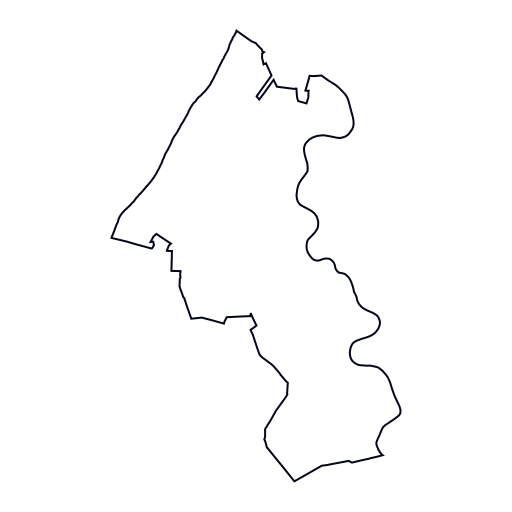 the district of Vārves pag., Ventspils, Latvia
{"feature_id": "27541924B8081849043776", "entity_name": "Vārves pag.", "entity_type": "district", "adm_level": 2, "iso_a3": "LVA", "parent_name": "Latvia", "parent_adm1": "Ventspils", "projection": "albers", "projection_center": [21.519, 57.283], "detail": "fine", "context": "isolated", "style": "outline", "palette": "ink", "viewbox_px": 512, "rotation_deg": 0, "n_neighbors": 0, "source": "geoboundaries", "source_scale": "gbopen_adm2", "svg_char_len": 6028}
<svg xmlns="http://www.w3.org/2000/svg" viewBox="0 0 512 512"><path d="M382.7,455.2L381.8,454.5L380.8,453.4L379.1,450.9L378.3,449.4L377.0,446.3L376.5,444.7L376.4,443.9L376.4,442.9L376.5,441.9L378.0,438.3L379.2,435.9L380.6,432.4L382.0,429.2L382.4,428.2L383.0,427.4L383.5,426.8L384.6,425.7L385.6,424.9L394.1,419.2L397.2,416.9L399.1,415.3L399.7,414.4L400.3,413.3L400.4,412.1L400.5,410.9L400.4,409.6L400.1,408.4L399.7,407.1L399.2,405.7L395.6,398.2L394.5,395.6L392.8,391.1L391.6,387.5L390.4,383.4L389.7,381.5L388.7,379.3L388.0,377.7L386.5,375.4L385.5,374.3L383.4,371.8L382.7,371.0L378.6,367.7L377.3,367.2L374.2,366.4L370.0,365.6L368.5,365.6L367.0,365.7L360.0,365.2L358.4,364.9L355.1,363.3L354.1,362.5L352.5,361.1L351.8,360.1L351.2,359.1L350.7,358.0L350.4,357.0L350.1,355.6L349.8,352.9L350.0,350.9L350.5,348.3L350.8,347.3L351.1,346.4L352.0,344.5L353.4,342.7L354.3,342.0L356.2,340.9L357.3,340.4L358.4,340.1L361.2,339.0L367.2,337.2L371.0,335.6L373.3,334.2L374.3,333.5L375.4,332.5L377.1,330.4L378.6,328.0L379.6,325.3L379.9,323.6L380.0,322.6L379.8,321.2L379.3,319.5L378.9,318.3L378.4,317.4L377.5,316.1L376.5,315.1L374.4,313.8L372.9,312.9L367.8,310.7L364.4,309.0L362.8,307.9L361.6,307.0L359.2,304.4L358.5,303.1L357.8,301.8L357.3,300.7L357.0,299.6L356.5,296.9L356.1,296.0L355.2,293.9L354.6,293.0L354.1,292.1L353.1,287.5L352.3,285.0L351.0,281.5L350.2,279.9L349.0,277.8L348.7,277.5L345.8,274.6L344.8,274.0L343.8,273.6L339.1,272.6L338.3,272.2L337.6,271.6L336.0,269.5L335.7,269.0L335.4,268.1L334.9,265.5L334.3,263.8L333.9,262.9L333.3,262.0L332.8,261.4L331.9,260.5L330.1,259.2L328.3,258.6L327.5,258.5L325.8,258.5L323.5,258.9L322.4,259.2L319.8,260.3L319.0,260.5L317.5,260.6L316.4,260.5L314.7,260.1L313.2,259.3L312.8,259.0L311.5,257.8L310.5,256.5L308.2,253.2L307.2,250.8L306.9,250.0L306.6,247.6L306.5,246.5L306.8,243.2L307.4,240.9L308.1,239.5L311.8,235.8L314.7,232.6L315.5,231.6L316.6,229.9L317.3,228.7L317.9,227.1L318.2,224.3L318.2,222.9L318.1,220.9L316.9,216.8L314.5,213.5L311.7,211.1L307.5,208.7L303.4,206.6L300.1,204.7L297.9,201.8L296.9,198.7L296.5,195.0L297.3,189.1L298.1,185.9L299.3,183.1L301.1,180.1L305.6,174.2L307.5,171.2L307.7,168.3L307.5,165.4L307.3,163.3L306.3,160.4L305.2,156.6L304.6,154.1L304.1,151.1L304.0,148.9L304.1,147.7L304.6,145.7L305.4,143.9L306.1,142.9L306.8,142.1L309.2,139.6L310.5,138.8L312.3,137.7L315.6,136.4L317.4,135.9L322.3,135.3L324.7,135.4L330.4,136.4L336.7,137.7L339.6,138.0L342.2,137.6L345.2,136.6L346.7,135.7L348.0,134.7L349.7,132.8L352.0,129.5L353.1,127.1L353.4,125.6L353.6,123.9L353.5,121.1L353.2,119.0L352.9,117.4L350.7,109.2L348.4,100.5L347.7,98.5L346.5,96.2L344.9,94.0L342.3,91.2L338.9,87.8L335.9,85.2L327.8,80.1L321.5,75.5L315.9,76.0L315.0,75.9L314.9,76.1L311.0,76.0L309.6,75.8L308.2,81.0L305.4,90.6L307.4,90.8L308.6,90.7L308.4,92.9L308.4,97.1L306.5,103.4L298.2,101.1L297.5,99.0L297.0,96.6L296.8,94.3L296.4,88.6L295.6,88.5L295.0,89.0L283.2,87.5L276.9,86.7L273.6,79.8L264.6,92.4L259.2,99.5L256.6,96.3L271.5,75.5L270.8,73.9L266.0,63.3L265.5,63.8L265.1,63.6L263.6,64.4L262.8,60.8L262.0,57.7L262.2,55.1L262.0,53.6L264.0,52.2L262.5,51.4L261.7,49.3L259.1,46.9L258.9,46.5L257.4,45.1L255.9,43.2L251.3,41.2L236.5,30.7L236.0,32.3L234.5,35.1L233.2,36.9L232.9,37.4L232.6,38.1L232.3,39.2L230.6,42.2L230.4,43.1L230.2,43.5L229.6,44.4L229.2,46.0L229.0,47.0L228.6,48.1L228.5,48.6L227.9,49.9L227.7,50.6L226.5,52.7L225.7,53.8L225.6,54.2L225.2,55.2L224.3,56.6L223.8,57.9L223.4,58.8L222.6,59.8L222.2,60.7L221.6,61.7L221.3,62.6L220.1,64.7L218.8,67.3L217.4,70.5L217.0,71.6L216.7,72.1L215.3,74.7L215.0,75.4L214.0,77.3L213.6,78.3L211.8,81.5L210.3,84.4L209.7,85.3L208.7,86.3L208.3,87.1L207.3,88.4L204.8,91.4L202.2,93.9L201.1,95.2L199.6,96.5L198.6,97.2L198.2,97.7L197.0,99.0L196.1,100.5L195.5,101.3L194.9,101.9L194.1,102.5L192.4,104.6L191.7,105.9L190.4,107.9L189.9,109.0L189.0,110.5L188.5,111.6L188.1,112.8L187.7,113.6L187.3,114.5L186.8,115.1L186.5,115.9L185.3,117.8L183.2,121.6L182.2,123.1L180.7,125.5L180.2,126.5L180.1,126.8L179.4,128.3L178.7,129.3L177.5,131.6L176.8,132.7L175.8,134.3L174.5,136.0L173.3,137.9L171.6,141.5L171.2,142.9L170.8,143.8L169.1,147.1L168.6,148.0L167.7,149.9L166.8,151.3L165.4,153.7L164.5,155.8L164.1,157.1L163.4,158.7L162.8,159.7L162.4,161.0L161.8,162.7L161.2,163.9L160.5,165.2L159.1,168.3L158.0,170.2L156.3,173.5L154.5,176.3L153.7,177.7L153.1,178.3L152.2,179.6L151.5,180.6L149.4,183.3L148.8,183.8L147.5,185.5L146.2,186.6L146.0,187.1L144.7,188.6L142.9,190.8L142.1,191.6L140.4,193.6L139.2,194.6L138.4,195.7L136.3,198.0L134.0,201.1L132.8,202.4L131.6,203.5L130.7,204.7L129.8,205.5L126.4,208.8L124.8,210.2L123.5,211.6L121.6,213.7L121.5,214.0L120.5,215.4L119.6,216.9L118.7,218.9L118.4,219.7L118.0,221.3L117.7,222.4L116.8,224.0L115.9,226.0L115.6,227.4L115.0,228.6L114.7,229.5L114.5,230.4L113.5,232.7L112.4,235.6L111.9,236.4L111.6,237.3L111.5,237.9L126.8,241.6L136.0,244.3L151.5,248.5L152.0,248.4L153.9,245.3L153.5,242.8L153.2,241.7L150.6,242.0L153.5,236.5L156.4,233.9L163.3,238.6L170.9,243.6L169.5,244.8L168.8,245.7L166.8,250.7L167.2,250.9L171.9,251.0L171.8,257.8L171.4,270.9L180.5,271.1L180.1,275.2L180.4,276.1L180.3,278.2L179.8,278.7L179.7,282.4L179.7,282.5L179.5,286.3L180.3,288.7L180.7,290.4L181.0,290.5L183.4,297.4L184.2,297.9L187.1,306.9L188.3,310.2L191.3,318.7L201.8,317.6L212.5,320.4L223.2,323.4L223.9,323.6L224.2,322.8L224.4,321.8L224.6,321.3L226.8,317.2L242.9,316.4L250.5,316.1L250.6,313.1L253.8,320.1L256.5,325.6L251.7,329.1L250.6,329.7L250.7,330.3L252.9,334.9L254.9,341.1L255.0,341.4L257.1,347.7L259.3,354.0L260.6,355.9L262.3,357.5L270.8,363.8L272.4,365.1L273.9,366.6L278.9,372.4L279.9,373.6L280.3,374.5L283.9,378.7L284.6,379.6L286.0,381.2L287.8,382.7L287.2,392.1L287.0,393.2L287.4,394.3L285.8,397.1L276.1,410.5L272.0,417.8L270.8,420.0L267.5,425.1L267.4,425.5L267.1,425.9L265.1,429.1L265.1,436.9L264.3,439.4L265.3,441.5L266.1,444.5L266.9,447.6L267.6,448.0L267.7,448.3L268.0,448.7L283.3,467.5L294.2,481.1L294.4,481.3L321.8,465.7L327.2,465.0L327.4,465.0L330.0,464.4L348.7,460.9L351.9,462.6L362.0,460.2L369.0,458.7L371.0,458.1L377.9,456.5L382.7,455.2Z" fill="none" stroke="#020617" stroke-width="2"/></svg>